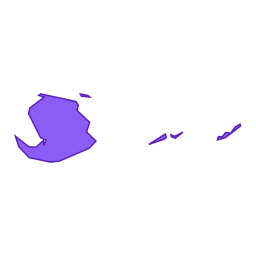 outline of Isla de la Juventud
{"feature_id": "CUB-1320", "entity_name": "Isla de la Juventud", "entity_type": "Special Municipality", "adm_level": 1, "iso_a3": "CUB", "parent_name": "Cuba", "parent_adm1": "", "projection": "orthographic", "projection_center": [-82.43, 21.696], "detail": "coarse", "context": "isolated", "style": "filled", "palette": "violet", "viewbox_px": 256, "rotation_deg": 0, "n_neighbors": 0, "source": "natural_earth", "source_scale": "10m", "svg_char_len": 699}
<svg xmlns="http://www.w3.org/2000/svg" viewBox="0 0 256 256"><path d="M86.6,131.9L96.0,141.1L89.3,148.2L59.4,161.1L50.6,162.1L29.3,157.7L19.0,147.0L15.4,136.2L28.9,146.8L36.1,147.2L43.3,140.5L44.1,145.4L45.8,139.8L40.6,137.7L28.6,113.6L29.9,107.9L44.3,97.1L38.7,95.4L40.6,93.9L75.9,101.5L78.2,105.0L77.2,110.6L89.6,122.3L86.6,131.9ZM240.6,126.0L225.3,137.7L217.4,139.8L218.5,136.5L222.0,137.0L225.7,132.5L230.5,133.2L235.1,127.1L240.0,124.2L240.6,126.0ZM165.3,134.0L166.3,137.4L164.2,139.2L148.8,144.4L165.3,134.0ZM174.7,136.3L183.0,132.2L175.2,138.3L171.3,136.6L170.9,134.8L174.7,136.3ZM80.3,94.0L87.7,95.4L89.8,97.0L81.5,96.2L80.3,94.0Z" fill="#8b5cf6" stroke="#5b21b6" stroke-width="1.5"/></svg>